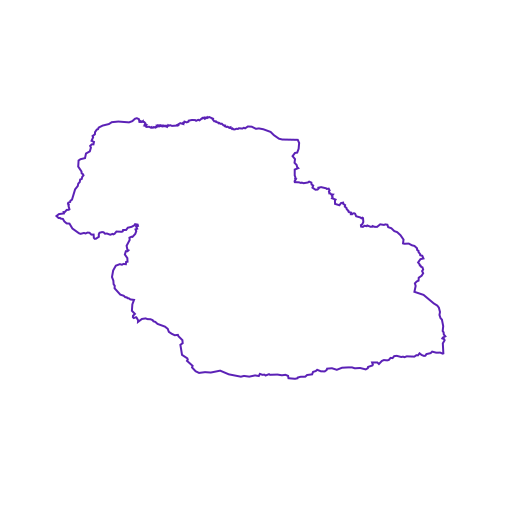 the district of Padre Abad, Ucayali, Peru, rotated 282°
{"feature_id": "86281439B41758290509877", "entity_name": "Padre Abad", "entity_type": "district", "adm_level": 2, "iso_a3": "PER", "parent_name": "Peru", "parent_adm1": "Ucayali", "projection": "equal_earth", "projection_center": [-75.247, -8.814], "detail": "fine", "context": "isolated", "style": "outline", "palette": "violet", "viewbox_px": 512, "rotation_deg": 282, "n_neighbors": 0, "source": "geoboundaries", "source_scale": "gbopen_adm2", "svg_char_len": 6082}
<svg xmlns="http://www.w3.org/2000/svg" viewBox="0 0 512 512"><g transform="rotate(282 256 256)"><path d="M253.6,52.5L252.1,55.0L252.5,56.3L252.0,57.1L252.1,59.4L250.0,61.3L248.5,64.0L248.9,66.8L244.7,70.7L241.4,78.2L241.2,79.8L242.8,83.0L242.6,84.6L243.9,86.4L244.1,88.3L242.7,90.5L243.2,92.7L240.1,93.6L239.3,94.6L239.6,95.8L242.1,98.3L244.6,97.7L246.2,98.1L247.4,100.5L247.5,102.0L246.4,103.7L247.0,105.5L246.5,109.0L247.8,111.1L247.5,111.9L248.3,113.0L250.9,114.4L251.8,119.7L252.4,120.5L253.8,120.6L254.5,123.6L257.0,124.7L258.7,128.3L260.9,130.8L262.0,131.1L262.1,133.7L260.9,134.3L260.0,132.6L258.0,134.1L257.0,132.6L255.4,133.7L252.5,133.3L249.0,131.2L249.0,130.3L247.6,128.4L245.4,129.1L239.1,127.3L235.2,129.0L235.0,130.0L233.9,129.3L233.6,127.7L230.2,127.4L227.2,130.6L223.7,131.5L223.2,130.2L220.9,130.4L220.7,128.0L219.6,126.7L219.7,124.5L217.4,120.9L212.2,119.3L205.5,119.5L202.2,121.6L198.8,122.6L197.5,124.0L195.0,124.4L190.0,131.3L189.6,134.9L188.5,136.7L188.7,138.2L188.0,139.1L188.2,140.3L187.4,142.1L187.7,145.8L183.0,145.1L176.6,146.0L174.2,149.6L172.0,148.1L170.6,148.3L169.9,149.3L171.2,151.5L170.9,152.0L168.5,154.1L167.0,154.3L170.7,157.5L171.2,158.8L172.0,161.0L171.7,163.0L172.2,165.9L171.8,168.2L170.8,169.2L170.6,171.2L169.1,173.8L168.0,181.6L166.4,184.8L163.7,186.5L162.4,189.7L161.6,193.0L162.6,196.0L161.4,196.8L158.4,201.5L155.5,202.4L153.4,200.5L143.9,204.2L141.6,210.1L140.4,210.8L139.1,210.3L135.4,216.8L133.7,216.6L130.7,220.9L129.8,224.6L131.8,230.3L132.6,236.0L136.4,244.8L134.6,254.0L134.8,266.3L136.2,269.2L136.6,274.5L139.0,279.9L139.2,283.7L141.5,284.3L141.1,286.9L141.7,289.0L141.1,290.2L143.1,293.3L142.7,294.4L144.5,301.7L144.7,306.1L145.9,309.5L145.4,312.3L143.2,313.2L144.0,319.7L145.0,322.0L145.8,322.1L147.1,324.6L148.2,329.3L150.2,330.7L151.9,335.5L154.5,335.9L155.9,338.4L157.4,339.5L156.7,343.5L157.4,347.2L159.2,348.8L160.6,349.0L162.0,353.6L161.5,358.7L164.6,363.4L166.3,369.7L167.0,373.1L166.7,376.0L168.1,381.1L167.9,386.9L169.5,388.7L170.8,388.7L173.1,392.6L174.0,392.9L176.0,391.7L177.1,396.8L175.9,398.7L179.5,400.9L180.8,402.7L181.2,406.1L181.9,407.5L184.3,408.8L184.5,410.8L186.8,412.0L187.6,414.4L187.4,419.1L188.1,420.7L187.9,422.3L189.2,424.3L190.5,431.8L192.3,433.5L192.5,435.1L194.8,436.2L193.6,438.6L193.2,441.1L193.7,442.4L195.5,443.1L197.3,447.0L199.1,448.2L198.9,452.3L199.8,456.3L199.3,458.9L199.7,459.5L209.4,456.9L212.8,458.0L213.8,457.3L214.1,455.4L215.0,455.7L216.8,457.9L218.3,456.0L220.3,455.4L221.4,454.2L226.3,453.7L232.4,451.1L233.6,449.4L236.5,447.7L239.5,447.6L243.5,445.6L245.2,443.6L246.6,439.7L252.8,428.0L253.9,418.4L259.9,418.4L262.3,417.1L264.5,418.5L265.7,420.1L268.6,419.7L271.1,422.1L273.9,423.1L275.8,421.6L277.5,422.3L279.5,421.2L279.8,419.7L280.8,419.0L280.8,418.2L281.7,417.9L283.4,415.9L287.1,417.5L288.4,420.3L290.8,418.6L290.9,416.5L291.9,416.2L293.7,414.1L294.8,413.9L295.5,412.3L297.0,411.9L298.8,408.9L298.9,406.3L299.9,402.8L298.8,398.5L298.9,397.2L302.7,396.9L306.4,393.0L308.7,389.1L309.1,386.1L311.3,382.6L311.7,379.3L313.9,378.0L313.8,375.9L313.0,374.7L312.8,370.9L309.7,368.4L309.2,366.2L309.5,363.9L308.9,363.9L308.4,362.0L309.0,358.5L308.2,358.1L308.1,355.8L306.7,354.5L306.6,352.7L308.0,352.2L309.3,353.4L311.6,353.9L315.3,352.8L315.6,352.1L314.8,351.3L315.4,350.0L315.7,345.7L317.9,344.2L318.2,343.3L317.9,342.1L316.8,341.3L316.6,340.1L318.2,339.9L318.2,337.9L318.7,337.1L319.5,337.0L320.5,335.1L321.7,334.6L322.8,332.6L324.3,332.6L325.2,330.4L326.3,330.1L325.5,328.2L323.0,327.0L323.4,322.5L326.5,321.7L327.7,322.1L328.3,318.3L329.6,318.7L330.5,317.8L332.1,318.5L331.9,316.7L332.7,315.7L332.5,314.7L334.4,313.9L335.4,314.4L337.0,313.1L336.3,311.3L336.8,310.5L336.9,305.4L335.8,302.9L335.2,303.3L333.8,302.4L333.2,300.4L334.6,297.0L336.8,297.3L337.5,295.5L339.3,294.9L339.8,292.5L338.7,291.5L337.1,287.4L337.3,285.5L336.8,284.8L337.0,282.7L336.3,278.6L337.2,278.2L339.7,279.1L339.9,278.2L340.9,278.3L342.9,277.1L348.6,275.9L350.7,279.0L351.5,277.8L353.5,276.8L355.2,274.3L358.9,274.0L361.3,271.0L364.9,272.7L365.7,274.8L369.7,275.4L375.5,274.7L378.3,272.7L375.4,257.5L375.5,254.1L377.9,248.4L380.4,244.5L381.5,236.8L381.4,232.3L380.4,229.5L381.6,224.9L381.0,221.1L378.6,218.8L378.9,217.5L377.8,216.1L377.4,212.7L376.5,211.9L376.4,210.4L375.4,208.9L375.2,208.0L375.9,206.4L375.3,206.1L375.9,205.1L375.8,203.8L376.5,203.9L376.0,202.9L376.6,201.3L376.1,200.6L376.4,198.6L377.2,198.6L377.1,196.9L378.3,195.0L377.9,193.7L378.5,192.4L378.1,191.8L378.6,191.4L378.9,188.9L379.4,188.7L379.1,187.1L380.8,185.1L381.4,185.3L382.2,181.3L381.0,179.8L381.6,179.3L381.0,178.8L380.9,177.9L380.4,178.4L379.6,177.5L380.1,177.1L380.2,175.8L379.6,175.4L379.9,174.9L376.9,172.5L377.2,171.2L375.8,169.3L376.3,168.2L375.7,165.0L374.4,162.0L373.3,162.0L372.3,160.4L372.6,158.1L371.1,157.8L371.3,157.1L370.6,156.6L370.0,157.0L370.2,154.3L368.1,152.1L367.6,152.7L367.2,152.1L367.4,151.2L367.0,151.0L365.8,146.8L366.1,144.8L365.3,143.6L365.7,142.8L364.5,142.4L364.5,141.3L363.9,141.6L364.1,140.2L364.6,140.4L364.2,138.3L364.7,137.2L363.9,137.8L364.0,136.3L363.3,136.8L363.3,135.6L362.6,135.6L363.2,135.4L362.8,134.4L363.7,134.7L363.5,133.1L362.7,133.5L362.8,131.7L361.8,131.9L361.6,132.6L361.3,130.9L360.7,130.9L360.8,129.2L360.3,129.0L359.8,127.5L360.4,127.1L359.7,126.3L360.2,124.7L359.5,122.0L360.2,121.8L360.3,120.2L361.4,121.2L361.5,119.9L362.7,120.3L363.8,118.8L363.7,117.5L364.4,117.3L363.4,116.4L363.9,115.4L363.1,115.2L362.9,114.1L365.5,113.0L366.0,110.8L365.1,109.1L362.2,107.0L360.3,104.0L358.9,93.4L356.9,87.1L354.5,84.7L351.7,78.9L348.9,75.4L347.2,75.1L346.6,74.0L343.7,72.8L341.5,73.1L339.4,71.2L338.3,72.0L334.5,71.2L333.9,73.8L331.4,73.8L331.1,72.2L329.2,70.9L327.7,72.0L323.8,71.7L320.9,68.4L316.2,68.4L314.2,64.2L312.5,62.6L306.5,63.5L302.4,67.7L300.6,68.3L300.0,69.8L299.0,70.5L297.5,69.6L295.1,69.5L294.2,68.1L291.6,68.2L289.9,67.1L287.4,67.1L283.6,65.2L272.9,64.3L271.5,63.0L270.2,63.0L269.1,61.3L267.9,61.2L267.1,62.3L266.2,62.1L262.9,63.8L262.2,63.1L261.8,61.3L259.2,59.8L259.0,58.7L257.7,59.2L256.0,54.5L253.6,52.5Z" fill="none" stroke="#5b21b6" stroke-width="2"/></g></svg>